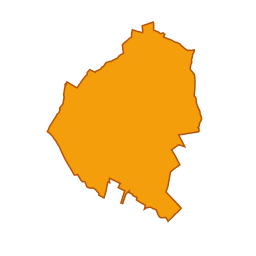 Varsolt, Salaj, Romania, rotated 259°
{"feature_id": "2599482B93915218658346", "entity_name": "Varsolt", "entity_type": "district", "adm_level": 2, "iso_a3": "ROU", "parent_name": "Romania", "parent_adm1": "Salaj", "projection": "robinson", "projection_center": [22.94, 47.205], "detail": "fine", "context": "isolated", "style": "filled", "palette": "amber", "viewbox_px": 256, "rotation_deg": 259, "n_neighbors": 0, "source": "geoboundaries", "source_scale": "gbopen_adm2", "svg_char_len": 5787}
<svg xmlns="http://www.w3.org/2000/svg" viewBox="0 0 256 256"><g transform="rotate(259 128 128)"><path d="M227.2,172.9L226.2,166.1L226.0,164.8L226.0,164.1L225.9,163.6L225.8,163.2L225.7,162.6L225.7,162.0L225.6,161.4L224.0,161.3L220.7,160.9L220.4,161.1L218.8,160.4L219.1,159.8L219.4,158.9L219.8,158.4L220.1,157.6L220.4,157.3L220.5,156.7L220.9,155.9L222.9,152.3L223.2,151.7L223.5,151.4L223.7,151.1L222.1,150.4L220.8,149.9L219.3,149.4L216.9,148.9L216.6,148.5L216.0,147.5L215.6,146.3L213.6,143.1L213.2,142.2L213.1,141.7L212.8,141.3L210.7,138.3L209.7,138.3L208.4,138.2L207.8,138.1L206.8,138.0L206.4,137.9L205.2,138.0L203.6,137.8L202.2,137.8L201.7,136.4L201.4,135.1L201.2,134.5L200.6,133.4L200.3,132.9L199.9,132.4L198.7,131.3L198.4,130.3L198.4,129.6L198.2,129.0L197.9,128.2L197.6,126.9L197.5,126.5L196.9,125.2L196.8,124.6L196.7,124.2L196.7,123.3L196.9,122.7L196.6,121.8L196.6,121.2L196.6,120.8L196.5,119.5L196.3,118.9L196.0,118.4L194.9,117.4L194.4,117.0L194.2,116.7L193.2,115.8L192.9,115.2L192.9,114.4L192.6,113.8L191.2,112.4L190.9,111.8L190.8,111.2L190.5,110.2L190.2,109.4L190.1,108.2L189.8,107.4L189.4,107.0L188.9,106.7L192.6,101.4L191.1,99.8L190.7,99.0L190.3,98.7L189.3,98.3L188.4,98.2L188.1,98.0L187.5,97.0L186.9,96.0L185.1,94.0L184.1,92.7L182.1,90.7L180.8,89.4L180.0,88.4L178.7,87.3L177.1,85.6L177.9,84.8L178.6,83.9L179.9,82.4L182.0,80.1L183.1,78.9L184.5,77.4L184.9,76.9L182.5,75.5L183.4,75.0L183.2,74.8L182.9,74.6L181.8,74.3L180.9,74.2L177.0,72.6L175.3,72.1L174.2,71.6L173.2,71.3L172.3,71.2L169.9,71.1L169.6,71.0L168.5,70.4L167.6,70.1L166.7,69.7L166.0,69.5L164.0,68.7L163.3,68.0L162.3,66.5L161.4,65.7L160.9,65.2L160.7,64.7L158.9,64.7L158.3,64.4L157.6,63.9L156.9,63.6L156.2,63.1L155.7,62.4L155.3,61.6L154.8,60.8L154.3,60.3L153.9,60.2L153.4,59.8L151.2,57.7L148.2,54.9L147.0,53.8L146.0,52.7L145.2,52.1L144.5,51.4L143.5,50.8L142.2,49.9L140.0,48.3L139.8,48.1L138.6,49.3L137.8,50.0L136.2,51.1L135.5,51.5L134.3,52.3L133.7,52.6L132.6,53.0L131.4,53.4L130.1,54.2L127.8,55.2L126.0,55.7L124.5,56.2L123.6,56.7L122.5,57.1L121.4,57.3L120.3,57.6L119.8,57.6L118.9,57.9L116.6,58.3L115.7,58.7L114.7,58.9L113.6,59.2L111.1,59.8L110.4,60.1L108.6,60.5L95.2,65.3L93.0,65.9L92.1,66.3L92.2,66.5L91.8,68.2L91.8,69.0L91.9,69.7L88.7,70.8L86.2,71.6L85.4,72.0L84.8,72.5L84.0,73.0L83.8,73.4L83.8,74.1L83.7,74.6L83.6,75.0L83.2,75.6L82.8,75.7L82.3,75.7L81.7,75.7L81.0,76.0L79.8,76.1L78.1,76.5L77.3,77.2L76.8,77.9L75.9,81.0L75.6,82.7L75.3,83.0L74.9,83.3L74.6,83.8L74.2,84.0L73.8,84.2L73.5,84.4L73.0,84.9L71.8,85.4L70.5,86.3L70.0,86.6L68.8,86.8L68.4,86.8L67.7,86.5L66.3,88.3L65.7,89.0L65.1,89.6L63.9,91.0L67.8,93.2L69.1,93.8L71.9,95.1L72.5,95.3L72.8,95.3L73.1,95.4L73.5,95.7L76.5,96.8L76.8,97.0L77.3,97.3L77.9,97.5L78.6,97.7L78.9,97.8L78.9,98.0L78.6,98.5L78.0,99.1L77.7,99.6L78.4,99.6L80.8,99.9L82.3,100.2L82.2,100.5L81.8,100.8L77.2,107.0L76.3,108.1L76.0,108.4L76.0,108.7L75.8,108.7L75.0,109.8L74.8,109.5L74.5,109.2L74.2,109.0L73.4,108.6L72.8,108.1L72.4,107.9L71.6,107.1L71.4,107.0L68.5,110.8L67.1,112.8L62.2,110.2L55.8,106.7L54.8,108.4L58.3,110.3L60.6,111.6L62.1,112.3L63.6,113.6L64.8,115.2L65.5,116.4L65.8,117.0L64.6,116.3L63.3,118.2L62.0,120.0L61.7,119.9L61.3,119.8L61.1,119.7L61.0,119.8L60.8,119.9L59.9,121.0L59.2,121.8L58.9,122.4L58.0,123.6L55.8,122.5L52.1,126.4L48.9,130.3L47.6,129.7L45.9,129.0L45.2,128.6L45.7,130.0L46.2,131.1L46.2,131.4L46.0,133.9L45.9,135.2L45.5,135.7L45.0,136.3L44.4,136.6L43.9,137.4L43.6,138.1L43.4,138.6L43.1,139.0L42.5,139.7L42.3,140.0L41.9,140.1L40.9,140.3L38.6,140.7L37.5,140.9L35.5,141.5L34.8,142.0L34.2,142.4L33.9,142.7L33.7,143.2L33.5,144.0L33.2,145.9L33.0,146.6L33.0,147.3L32.9,148.1L30.8,148.9L29.1,149.6L28.8,149.6L29.5,150.5L29.8,151.1L33.3,156.4L33.7,156.7L35.5,159.6L35.6,160.0L36.3,161.1L37.1,162.0L37.6,162.9L38.2,163.9L38.6,164.4L39.2,164.8L41.9,163.3L48.1,159.4L51.8,157.0L54.2,155.4L58.0,153.1L58.2,153.3L60.3,154.4L62.0,155.4L63.1,156.0L63.4,156.2L66.2,157.2L76.7,161.3L78.7,164.6L81.9,171.8L91.2,169.2L98.3,166.7L101.9,174.6L98.8,180.2L111.5,176.4L110.8,196.6L111.1,196.8L111.4,196.8L111.7,197.1L111.8,197.3L112.2,197.3L112.5,197.3L113.5,197.3L113.8,197.4L114.1,197.5L114.4,197.4L114.6,197.2L115.0,196.7L115.3,197.3L115.6,197.6L116.2,198.1L117.6,198.7L118.2,198.8L118.6,199.0L119.7,199.6L120.2,200.2L120.5,200.5L121.4,201.1L121.9,201.4L122.7,201.9L123.1,202.1L124.2,202.0L124.4,202.1L125.4,202.0L126.5,201.7L127.4,201.6L128.2,201.5L128.8,201.5L129.6,201.7L130.2,201.7L131.0,201.6L131.7,201.4L132.6,201.4L132.8,201.3L133.0,201.1L133.3,201.0L133.8,200.8L134.3,200.8L134.6,200.8L135.2,200.7L136.3,200.3L136.7,200.3L139.2,200.0L141.4,200.1L142.2,200.2L143.3,200.3L144.2,200.4L144.8,200.3L145.5,200.0L146.1,199.6L146.8,199.1L154.4,201.2L159.3,202.3L161.6,202.8L166.7,203.4L168.5,203.1L169.8,202.4L170.8,201.9L171.7,201.2L172.6,200.8L173.8,200.4L174.4,200.3L175.3,200.6L176.8,201.3L177.7,201.5L178.3,201.8L179.2,202.5L179.7,202.9L180.6,203.0L181.2,203.3L182.3,203.3L183.3,203.4L184.2,204.1L184.5,204.3L185.1,204.5L186.5,205.1L186.9,205.2L188.7,206.0L189.0,206.5L189.6,206.9L189.9,207.0L190.3,207.3L190.8,207.7L191.3,207.6L192.1,207.9L192.1,207.4L192.0,206.9L192.1,206.4L192.0,205.9L192.0,205.4L192.1,205.0L192.2,204.5L192.8,202.5L192.7,202.3L192.6,201.8L192.8,201.1L193.8,200.3L194.2,199.8L194.5,199.4L195.0,199.0L195.5,198.7L195.9,198.2L196.6,197.7L197.3,197.2L198.5,196.2L198.7,195.9L198.8,195.7L199.4,195.5L199.9,195.5L200.4,195.1L201.7,193.5L202.5,192.8L202.7,192.0L202.8,191.5L203.5,190.2L204.2,189.4L205.6,188.0L206.9,186.0L208.5,183.3L210.7,180.2L211.4,180.7L213.0,182.1L213.9,181.0L214.3,180.9L214.7,180.6L214.5,180.3L214.5,179.9L214.4,178.6L214.5,177.9L214.9,177.2L216.0,176.5L216.4,176.2L216.7,175.8L217.4,174.5L218.0,173.8L218.7,172.6L219.1,171.8L221.9,172.4L223.4,172.7L225.0,173.0L226.1,173.1L227.2,172.9Z" fill="#f59e0b" stroke="#b45309" stroke-width="1.5"/></g></svg>